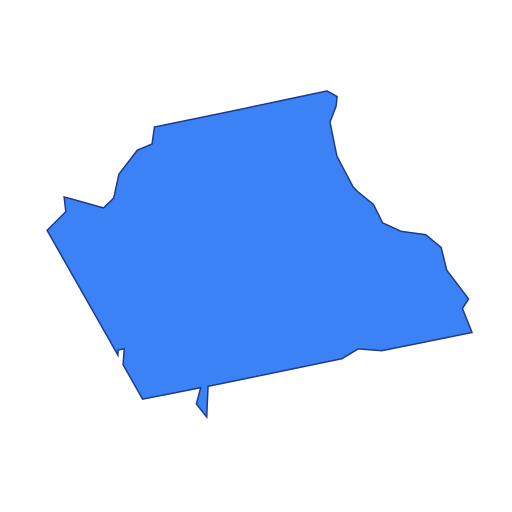 Coweta, Georgia, United States of America (Albers equal-area conic projection), rotated 348°
{"feature_id": "52423323B16725270488518", "entity_name": "Coweta", "entity_type": "district", "adm_level": 2, "iso_a3": "USA", "parent_name": "United States of America", "parent_adm1": "Georgia", "projection": "albers", "projection_center": [-84.751, 33.351], "detail": "fine", "context": "isolated", "style": "filled", "palette": "blue", "viewbox_px": 512, "rotation_deg": 348, "n_neighbors": 0, "source": "geoboundaries", "source_scale": "gbopen_adm2", "svg_char_len": 683}
<svg xmlns="http://www.w3.org/2000/svg" viewBox="0 0 512 512"><g transform="rotate(348 256 256)"><path d="M455.0,342.2L439.6,309.5L438.9,286.2L426.5,270.5L403.0,262.0L386.7,249.9L381.6,230.0L368.5,213.8L365.3,208.5L355.9,175.3L356.2,140.5L365.5,126.1L368.5,116.9L359.7,109.3L283.0,109.2L275.7,109.3L183.5,108.7L177.6,124.8L161.9,127.8L138.9,147.5L128.9,169.7L116.9,177.3L88.9,162.6L80.6,158.4L79.2,173.1L57.0,187.5L100.3,324.2L101.6,319.3L107.8,319.4L103.4,334.7L115.3,372.4L120.5,372.5L174.5,373.3L166.9,388.4L174.3,403.3L182.0,373.5L225.9,373.8L318.8,374.3L336.6,368.1L359.4,374.8L451.4,375.7L447.0,350.3L455.0,342.2Z" fill="#3b82f6" stroke="#1e3a8a" stroke-width="1.5"/></g></svg>